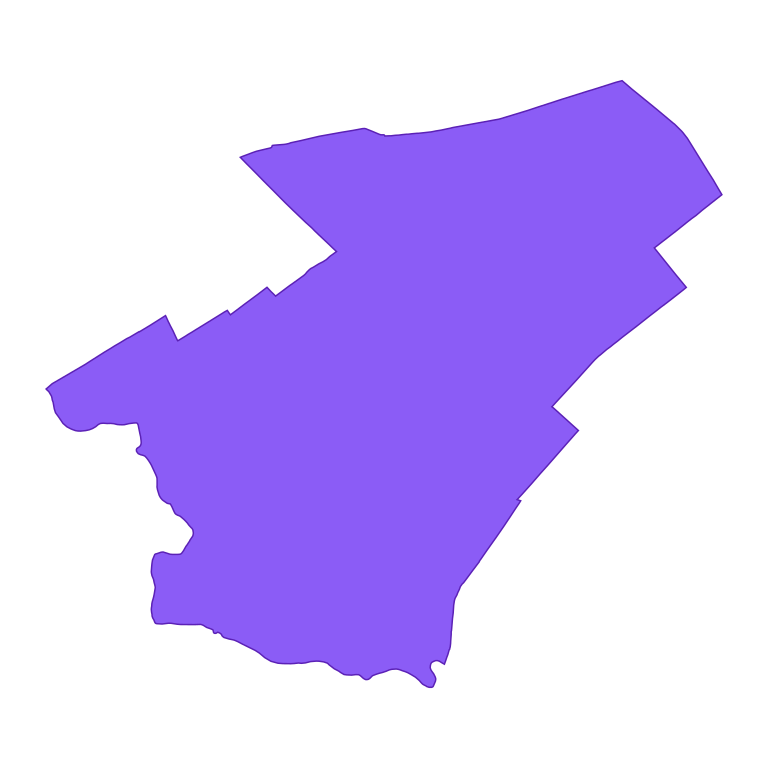 the district of Targsoru Vechi, Prahova, Romania
{"feature_id": "2599482B79986914365335", "entity_name": "Targsoru Vechi", "entity_type": "district", "adm_level": 2, "iso_a3": "ROU", "parent_name": "Romania", "parent_adm1": "Prahova", "projection": "albers", "projection_center": [25.907, 44.89], "detail": "fine", "context": "isolated", "style": "filled", "palette": "violet", "viewbox_px": 768, "rotation_deg": 0, "n_neighbors": 0, "source": "geoboundaries", "source_scale": "gbopen_adm2", "svg_char_len": 6100}
<svg xmlns="http://www.w3.org/2000/svg" viewBox="0 0 768 768"><path d="M444.4,664.2L445.6,660.9L446.8,657.3L447.8,654.7L449.0,650.4L449.3,649.6L449.5,649.5L449.7,649.1L449.9,647.8L450.2,647.0L450.3,646.1L450.6,643.5L450.7,641.2L451.2,634.3L451.2,631.5L451.4,631.0L451.5,630.4L451.7,628.3L452.5,618.5L453.2,612.9L453.7,605.2L454.4,600.7L455.0,598.5L455.9,596.8L456.9,595.0L457.7,592.8L459.4,589.3L459.7,588.4L460.4,586.5L461.5,585.0L462.0,584.2L463.6,582.7L467.5,577.5L472.3,571.0L479.4,561.6L479.5,560.9L480.6,559.5L487.1,550.1L496.2,537.3L499.1,533.1L503.8,526.3L508.6,519.1L509.9,517.2L515.6,508.5L519.0,503.5L520.7,500.8L517.1,499.6L522.5,493.8L532.5,482.6L540.3,473.6L548.2,464.8L565.6,444.9L575.1,434.1L578.4,430.5L553.6,408.1L551.9,406.8L555.8,402.5L575.1,381.6L592.4,362.4L595.3,359.3L598.7,356.1L600.2,355.0L606.9,349.3L610.5,346.7L613.4,344.3L617.6,341.1L622.1,337.4L637.2,325.8L649.7,315.9L656.2,310.9L660.6,307.4L666.4,303.1L678.6,293.6L683.9,289.4L686.3,287.4L675.9,274.8L654.3,247.9L676.5,230.7L687.7,221.7L691.8,218.5L696.0,215.5L702.1,210.3L721.9,194.7L718.4,188.8L716.0,184.7L713.3,180.0L708.3,172.2L690.9,144.0L687.3,138.2L686.1,136.7L683.0,132.7L681.7,131.2L674.6,124.2L672.8,122.8L656.7,109.3L631.5,88.8L622.1,80.7L615.9,82.3L591.7,90.0L588.2,91.0L562.1,99.2L538.7,106.8L527.9,110.4L499.2,119.1L453.0,127.5L449.8,128.3L448.2,128.6L441.2,130.1L435.6,131.0L434.2,131.3L431.1,131.9L422.1,132.9L418.3,133.3L416.9,133.3L412.4,133.7L408.2,134.2L406.7,134.2L402.5,134.6L398.8,135.1L395.2,135.3L391.0,135.8L389.6,135.8L384.8,136.0L384.7,135.6L384.5,135.3L384.2,135.0L383.9,134.8L381.2,134.8L380.6,134.7L379.3,134.3L372.2,131.3L368.4,129.8L366.0,128.8L365.1,128.6L364.5,128.5L362.6,128.6L353.0,130.4L342.6,132.1L319.1,136.3L301.3,140.5L291.0,142.7L290.1,143.0L289.2,143.4L287.9,143.7L286.2,144.1L284.1,144.4L274.1,145.2L272.6,145.4L272.3,145.5L272.2,145.7L272.1,146.0L271.7,147.1L271.3,147.5L270.2,148.0L267.1,148.7L259.6,150.5L256.3,151.3L252.3,152.7L248.1,154.3L242.7,156.3L240.3,157.3L242.5,159.6L247.0,164.2L254.2,171.4L264.1,181.5L275.7,193.1L281.3,198.8L285.6,203.1L293.1,210.4L305.9,222.6L311.8,227.9L314.7,230.9L319.3,235.3L327.0,242.5L332.4,247.7L336.5,251.6L336.2,251.8L330.5,255.9L329.3,256.9L326.4,259.6L325.9,259.9L322.9,261.8L318.7,263.9L313.2,267.3L311.0,268.4L310.3,268.9L309.3,269.7L307.8,271.2L306.9,272.1L305.4,274.0L303.7,275.5L292.1,283.9L289.9,285.4L275.6,296.1L272.9,293.4L271.0,291.6L267.0,287.3L257.6,294.5L244.5,304.2L235.8,310.8L230.4,314.8L229.0,312.9L227.3,310.4L224.4,312.0L221.4,313.9L213.8,318.6L202.5,325.6L196.3,329.4L192.0,332.1L188.1,334.4L185.7,336.0L177.8,340.8L177.6,340.6L177.1,339.7L175.4,336.1L173.0,330.8L170.3,325.7L169.1,323.2L168.4,321.9L166.2,317.0L165.5,315.6L150.5,325.1L139.4,331.8L139.2,331.9L139.0,331.7L129.9,337.1L126.8,338.6L120.1,342.7L114.6,345.9L111.9,347.6L111.0,348.2L104.8,351.9L90.0,361.3L85.4,364.3L52.2,383.7L46.1,389.0L46.8,389.8L48.8,391.6L51.4,396.0L51.9,397.7L52.3,400.1L53.1,402.2L54.3,408.9L55.5,412.7L58.5,416.8L63.0,423.4L66.9,426.8L70.9,428.9L72.9,429.7L75.4,430.6L77.8,431.0L80.6,431.1L82.5,430.9L85.6,430.6L89.3,429.8L92.6,428.5L95.7,426.7L98.3,424.5L100.3,423.5L101.9,423.3L103.5,423.2L107.1,423.5L110.6,423.4L113.9,423.7L117.1,424.5L119.2,424.7L122.3,424.8L124.4,424.7L129.1,423.6L133.9,423.0L136.1,422.9L136.7,423.0L137.1,423.2L137.5,423.7L137.9,424.3L138.2,425.2L138.4,426.2L139.8,433.2L140.6,436.7L141.1,440.9L141.2,442.8L141.1,443.6L140.8,444.9L140.4,445.5L140.2,445.9L139.6,446.6L137.8,447.8L136.9,448.5L136.4,449.6L136.4,450.2L136.5,451.2L137.3,452.5L138.3,453.7L139.6,454.3L140.9,454.8L142.6,455.2L144.0,455.7L145.0,456.2L146.6,457.9L148.6,460.6L150.2,463.1L151.3,465.0L155.7,474.5L156.6,476.7L157.0,478.0L157.1,480.5L157.1,485.1L157.0,487.0L157.2,488.1L157.5,489.8L158.6,493.4L159.2,495.3L160.0,496.8L160.6,497.8L161.5,498.9L162.5,500.0L163.7,500.9L167.2,503.3L170.4,504.0L172.0,506.9L173.7,510.8L174.8,513.0L175.6,514.0L177.4,515.1L179.3,515.8L180.4,516.4L183.8,519.3L185.6,521.1L187.5,523.2L188.3,524.4L189.1,525.4L191.2,527.7L191.6,528.0L192.4,529.0L192.9,530.0L193.3,532.6L193.3,533.7L193.1,534.7L192.9,535.7L192.6,536.3L190.2,539.8L189.7,540.7L189.5,541.3L188.8,542.2L188.6,542.5L187.3,544.6L186.0,546.3L184.5,548.9L183.8,550.2L183.1,551.3L181.6,553.3L180.5,554.1L179.2,554.3L177.5,554.4L172.3,554.4L170.0,554.2L167.6,553.4L163.1,552.0L161.1,552.2L157.0,553.6L155.4,554.0L154.7,554.6L154.2,555.8L152.5,560.0L152.0,563.3L151.7,566.2L151.3,571.5L151.4,572.9L152.0,575.7L153.5,579.3L154.2,582.7L155.0,585.8L155.3,587.5L154.2,594.2L153.6,597.0L152.9,599.6L152.4,601.2L151.9,603.5L151.7,606.2L151.4,608.0L151.3,609.5L151.6,612.4L152.0,614.3L152.1,616.1L152.7,617.9L153.9,620.0L154.7,622.1L155.5,623.3L156.8,623.7L162.1,624.0L168.7,623.2L171.2,623.3L177.1,624.2L180.6,624.5L194.5,624.6L200.4,624.4L201.5,624.6L203.3,625.3L205.5,626.7L206.6,627.4L209.8,628.5L211.6,629.2L212.8,629.8L213.1,630.3L213.4,631.7L213.6,632.6L214.1,633.1L214.6,633.3L215.1,633.3L215.9,633.3L216.8,632.8L217.6,632.3L217.9,632.3L218.7,632.6L219.5,632.9L220.8,633.8L221.4,634.4L222.1,635.9L222.8,636.6L224.0,637.5L229.0,639.0L233.4,639.9L234.7,640.3L237.9,641.7L242.6,644.2L255.2,650.4L259.4,653.1L264.7,657.6L271.0,661.3L277.9,663.2L283.0,663.6L290.8,663.7L294.2,663.5L298.5,663.0L301.3,663.3L305.4,662.9L310.5,661.6L316.4,661.1L319.0,661.2L323.7,661.9L327.5,663.2L329.2,664.9L334.3,668.8L337.6,670.5L339.2,671.4L340.3,672.3L344.0,674.5L346.8,674.9L351.6,675.1L355.9,674.6L358.7,674.7L360.3,675.6L363.4,678.4L365.0,679.3L365.8,679.6L366.9,679.6L368.4,679.3L369.7,678.5L372.5,675.7L376.1,674.3L379.2,673.3L382.4,672.5L386.0,671.3L389.3,669.9L391.8,669.3L396.2,669.0L398.2,669.3L400.0,669.8L402.3,670.7L405.1,671.6L407.8,672.7L411.2,674.6L415.5,677.2L419.3,680.5L421.2,682.7L422.6,684.1L423.9,684.9L425.9,685.9L426.7,686.5L429.1,687.3L431.7,687.3L432.7,686.9L433.3,686.2L435.4,681.3L435.7,679.8L435.7,678.5L435.2,676.9L433.6,673.7L431.8,671.3L430.8,669.6L430.2,667.7L430.4,665.5L430.9,663.5L431.9,662.3L433.6,661.4L435.7,660.6L437.4,660.6L439.4,661.2L441.9,662.8L444.4,664.2Z" fill="#8b5cf6" stroke="#5b21b6" stroke-width="1.5"/></svg>